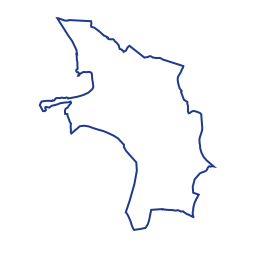 outline of Union, Castries, Saint Lucia, rotated 189°
{"feature_id": "8701671B1865604971664", "entity_name": "Union", "entity_type": "district", "adm_level": 2, "iso_a3": "LCA", "parent_name": "Saint Lucia", "parent_adm1": "Castries", "projection": "albers", "projection_center": [-60.963, 14.03], "detail": "fine", "context": "isolated", "style": "outline", "palette": "blue", "viewbox_px": 256, "rotation_deg": 189, "n_neighbors": 0, "source": "geoboundaries", "source_scale": "gbopen_adm2", "svg_char_len": 5802}
<svg xmlns="http://www.w3.org/2000/svg" viewBox="0 0 256 256"><g transform="rotate(189 128 128)"><path d="M211.9,132.9L211.9,133.1L212.0,133.3L212.2,133.7L212.5,134.1L212.7,134.3L212.8,134.5L212.9,135.2L212.8,135.5L212.7,135.7L212.3,135.9L211.9,136.0L211.3,135.9L209.6,135.9L209.0,135.9L208.7,136.1L208.4,136.3L207.5,137.4L206.9,137.9L205.7,138.5L205.1,138.7L202.7,139.7L201.6,140.2L200.3,141.0L198.1,142.2L197.7,142.3L197.4,142.4L197.0,142.5L196.5,142.5L196.1,142.7L195.4,143.0L195.0,143.1L194.7,143.2L194.1,143.3L192.6,143.7L191.7,143.9L190.4,144.3L190.0,144.5L189.4,144.8L188.9,145.1L188.6,144.7L188.2,144.0L188.2,143.7L188.8,142.5L189.7,141.3L189.9,140.9L190.1,140.5L190.2,140.2L190.5,139.4L190.6,139.1L190.7,138.8L191.4,138.2L192.1,137.8L192.4,137.4L192.6,137.2L192.7,136.8L192.8,136.4L192.9,136.0L192.9,135.8L192.9,134.8L192.5,132.9L192.4,132.4L192.4,132.2L190.0,132.2L189.8,131.3L189.7,130.9L189.5,130.5L189.3,130.1L189.0,129.6L187.6,127.2L187.1,126.3L187.0,125.9L186.7,125.5L186.6,125.2L186.2,124.6L185.7,124.1L185.4,123.7L185.0,123.3L185.0,122.8L185.0,122.4L185.0,122.0L185.0,121.3L184.9,120.9L184.8,120.4L184.7,119.4L184.6,119.0L184.1,117.6L184.0,116.8L184.0,116.4L184.0,115.7L183.9,115.3L183.6,114.4L183.1,113.7L182.7,114.1L180.8,116.4L178.1,119.5L176.0,122.1L174.0,122.8L171.7,123.4L166.8,123.4L163.1,122.6L157.8,121.8L151.6,121.1L146.4,119.8L141.0,118.2L136.3,116.2L130.1,111.3L128.7,110.8L129.4,110.8L129.1,108.6L126.2,105.0L114.4,95.3L112.6,87.3L112.9,73.7L115.0,56.3L117.0,44.4L115.5,43.1L113.9,41.0L111.9,37.9L110.2,35.0L108.9,32.1L106.8,29.0L106.1,28.3L100.6,30.0L95.1,32.0L93.3,36.1L92.7,40.6L92.3,50.8L81.7,53.2L81.3,52.9L80.9,53.4L79.1,53.1L78.4,53.2L76.7,53.3L75.9,53.3L75.2,53.4L74.1,53.6L73.0,53.7L72.5,53.8L71.5,53.9L69.5,53.9L68.6,53.8L67.9,53.9L66.5,54.4L65.8,54.6L65.2,54.5L64.5,54.4L62.9,53.9L62.6,53.8L60.6,54.3L58.7,53.2L56.2,52.1L54.5,51.9L51.6,50.8L49.5,50.3L49.5,50.5L50.2,52.1L50.4,52.5L50.6,53.0L50.8,54.3L50.9,54.7L50.9,55.1L50.8,57.0L50.8,57.6L51.0,58.5L51.0,58.8L50.9,61.1L50.5,64.6L50.2,65.8L49.7,67.3L49.5,68.3L49.3,68.9L49.0,69.5L48.1,72.2L47.7,73.2L53.5,74.3L54.9,80.2L54.1,87.8L50.1,94.1L49.7,94.6L48.7,95.3L46.5,96.5L45.1,97.3L44.3,97.9L43.8,98.6L43.2,100.0L43.1,101.0L42.1,102.7L41.7,102.9L40.8,102.7L40.4,102.7L40.1,102.9L39.4,103.5L38.7,103.5L37.9,103.4L37.3,103.4L45.3,108.3L46.6,109.5L47.4,110.1L48.4,110.9L48.9,111.4L49.5,112.2L50.1,113.1L50.8,114.1L51.3,114.6L52.7,117.5L53.5,119.2L54.2,122.4L54.8,123.8L55.3,126.2L55.7,127.7L55.5,130.6L54.9,134.2L54.4,137.6L54.7,139.8L57.8,152.9L58.8,153.8L59.4,154.1L62.0,154.7L64.0,155.0L66.0,155.1L67.7,154.2L69.1,152.7L70.4,152.1L71.5,154.0L71.6,155.5L72.4,159.7L73.2,161.2L73.5,163.1L77.1,164.6L77.2,164.8L78.5,166.9L79.7,169.2L81.3,172.1L80.8,173.0L83.2,175.2L85.3,179.7L86.4,183.1L86.7,185.1L86.4,186.9L85.7,188.7L85.0,190.4L84.4,192.0L83.9,194.5L83.1,196.2L83.0,197.8L104.9,201.2L106.2,201.9L107.1,202.1L107.7,202.1L108.9,202.0L109.2,201.9L111.2,201.5L112.1,201.5L113.3,201.6L114.6,201.5L115.6,202.0L117.2,202.5L117.5,202.4L120.3,200.9L121.3,200.6L122.3,200.4L122.8,200.1L139.4,209.4L139.8,209.0L140.1,208.7L140.4,208.3L140.6,208.1L140.8,207.9L140.9,207.5L141.2,207.0L141.4,206.5L141.5,205.9L141.7,205.7L141.8,205.3L141.9,204.8L142.0,204.4L142.4,204.0L143.0,203.4L143.3,203.3L144.2,202.6L144.3,202.9L144.4,203.0L144.6,203.2L144.9,203.4L145.1,203.6L145.4,203.7L145.7,203.8L145.8,204.0L146.1,204.0L146.5,204.5L147.2,204.6L148.3,204.7L148.4,204.8L148.6,204.9L148.7,205.0L148.8,205.1L149.0,205.6L149.4,206.5L149.6,206.8L149.6,207.0L149.8,207.5L149.9,207.9L150.1,208.1L150.4,208.4L150.5,208.6L150.8,208.9L151.0,209.0L151.6,209.6L151.8,209.7L152.0,209.9L152.0,210.0L153.0,210.7L153.2,210.8L153.3,210.9L154.0,211.2L154.3,211.4L154.6,211.7L155.1,212.1L155.4,212.4L155.5,212.7L156.0,213.1L156.4,213.3L156.8,213.3L157.8,213.1L158.2,213.0L158.6,213.0L158.9,213.0L159.2,212.9L159.7,212.9L160.0,212.9L160.4,212.7L160.7,212.8L161.4,213.0L161.7,213.2L161.6,213.3L161.7,213.7L161.8,213.9L162.0,214.2L162.9,214.2L163.1,214.7L166.2,215.5L171.0,218.7L176.9,221.8L180.1,222.2L180.2,222.4L180.2,222.7L180.4,223.2L180.5,223.4L180.5,223.7L180.6,224.1L180.5,224.7L180.5,225.1L180.5,225.4L180.6,225.6L180.7,226.1L180.7,226.3L181.0,227.2L181.1,227.3L181.2,227.7L203.1,225.4L203.5,225.0L204.0,224.8L204.5,224.7L204.8,224.6L205.1,224.5L206.4,224.3L207.1,224.2L207.5,224.3L208.1,224.3L208.3,224.4L208.6,224.4L208.8,224.6L209.5,224.7L209.9,224.8L210.3,224.8L210.6,224.9L210.8,224.9L211.5,225.1L212.0,225.1L212.4,225.3L212.8,225.3L213.6,225.4L214.0,225.4L215.0,225.4L201.7,210.2L196.8,205.2L191.3,197.3L190.0,193.5L190.4,193.7L190.7,193.3L190.1,191.7L189.8,190.4L189.6,189.5L189.5,189.0L189.4,188.5L189.2,187.5L188.9,186.6L188.6,186.1L188.5,185.7L188.2,184.7L188.0,183.2L187.8,182.3L187.8,181.8L187.4,180.4L187.2,179.9L187.1,179.0L187.1,178.4L188.1,177.6L188.1,176.2L187.3,175.3L186.2,175.3L185.2,174.6L185.2,173.3L185.4,171.8L184.8,172.0L183.9,173.8L182.7,174.9L180.9,176.3L177.6,176.7L174.7,177.4L172.8,176.8L172.0,175.3L170.8,170.0L169.8,167.3L168.9,164.0L168.7,162.2L170.0,159.9L172.9,156.5L177.3,153.6L182.5,151.1L191.7,147.8L191.8,148.1L192.0,148.3L192.5,148.5L193.5,148.5L194.2,148.2L194.7,147.8L195.2,147.8L195.6,147.7L196.0,147.6L197.1,147.6L197.9,147.7L198.1,147.7L198.9,147.3L199.3,147.0L199.6,147.0L200.3,146.8L200.7,146.8L201.1,146.8L201.4,146.8L202.5,146.5L202.9,146.5L203.4,146.2L203.8,146.0L204.2,145.8L204.4,145.4L204.5,144.9L204.7,144.6L205.0,144.1L205.3,143.7L205.6,143.4L206.7,143.6L206.9,143.3L207.2,142.8L209.6,142.6L210.5,142.5L212.0,142.2L214.2,141.7L217.4,140.7L217.5,140.5L217.7,140.1L218.0,139.6L218.2,139.1L218.2,138.7L218.6,137.2L218.7,136.8L214.6,131.4L214.1,131.4L213.7,131.5L213.1,131.7L212.8,131.8L212.5,132.0L212.2,132.3L212.0,132.6L211.9,132.9Z" fill="none" stroke="#1e3a8a" stroke-width="2"/></g></svg>